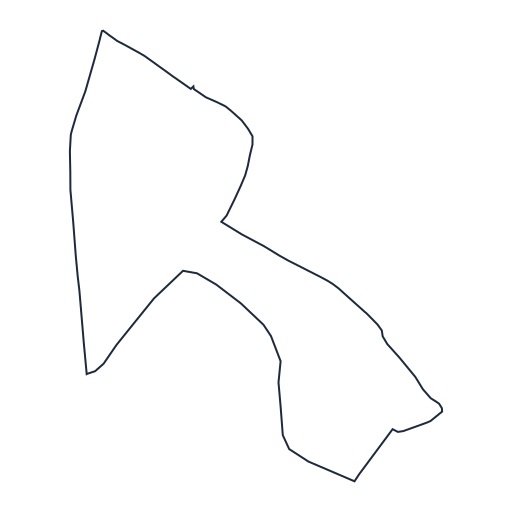 outline of Bella Rosa, Gros Islet, Saint Lucia
{"feature_id": "8701671B93449908484695", "entity_name": "Bella Rosa", "entity_type": "district", "adm_level": 2, "iso_a3": "LCA", "parent_name": "Saint Lucia", "parent_adm1": "Gros Islet", "projection": "natural_earth1", "projection_center": [-60.945, 14.077], "detail": "fine", "context": "isolated", "style": "outline", "palette": "slate", "viewbox_px": 512, "rotation_deg": 0, "n_neighbors": 0, "source": "geoboundaries", "source_scale": "gbopen_adm2", "svg_char_len": 1331}
<svg xmlns="http://www.w3.org/2000/svg" viewBox="0 0 512 512"><path d="M193.4,86.4L190.8,88.9L172.2,75.9L169.1,73.6L157.4,65.2L150.9,60.5L144.3,55.8L139.3,52.9L124.4,44.7L116.9,40.8L115.1,39.4L111.6,36.9L109.6,35.5L106.1,32.8L103.8,31.2L103.2,30.7L101.9,31.1L100.1,38.0L99.9,39.1L96.8,50.7L94.7,58.6L85.3,91.4L76.3,115.6L71.7,131.1L70.8,134.8L69.9,150.8L69.9,151.8L70.3,171.9L70.4,189.8L73.2,221.9L75.8,256.2L77.7,276.3L79.4,290.6L83.8,342.9L86.7,374.1L87.5,373.7L95.1,371.2L103.6,363.7L116.5,344.9L134.7,322.3L154.0,298.4L183.0,270.8L197.0,273.3L216.3,284.6L240.9,303.4L263.5,324.8L271.0,336.1L280.6,361.2L278.5,382.5L280.6,406.4L282.8,435.2L289.2,449.1L308.5,461.6L354.5,481.3L359.1,474.3L392.6,429.2L397.9,431.9L403.2,431.1L412.2,427.9L427.4,422.4L430.5,421.0L442.1,411.6L441.9,408.2L439.1,403.7L437.2,402.4L435.9,401.5L430.7,398.2L423.0,389.4L415.3,376.9L406.9,366.7L399.6,357.8L392.8,350.2L387.3,344.1L382.7,336.4L381.8,330.5L377.6,324.6L366.5,313.3L364.9,312.0L343.9,293.2L338.6,288.4L332.6,283.9L327.1,280.5L319.8,276.6L288.3,260.6L279.2,255.5L264.2,246.3L242.0,234.5L221.3,221.8L226.6,215.6L234.8,198.8L240.5,186.4L245.2,175.3L247.8,165.9L249.9,155.2L252.5,144.5L252.5,136.3L248.1,128.9L241.7,120.4L230.9,110.7L225.6,106.4L216.6,102.0L205.9,97.3L193.8,89.0L193.4,86.4Z" fill="none" stroke="#1e293b" stroke-width="2"/></svg>